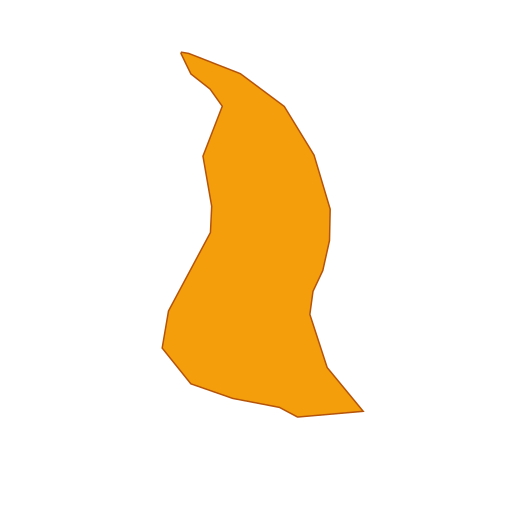 SVG path tracing the border of Bukwa, rotated 124°
{"feature_id": "UGA-3113", "entity_name": "Bukwa", "entity_type": "County", "adm_level": 1, "iso_a3": "UGA", "parent_name": "Uganda", "parent_adm1": "", "projection": "orthographic", "projection_center": [34.655, 1.256], "detail": "fine", "context": "isolated", "style": "filled", "palette": "amber", "viewbox_px": 512, "rotation_deg": 124, "n_neighbors": 0, "source": "natural_earth", "source_scale": "10m", "svg_char_len": 506}
<svg xmlns="http://www.w3.org/2000/svg" viewBox="0 0 512 512"><g transform="rotate(124 256 256)"><path d="M136.1,421.1L130.0,431.5L128.7,431.7L125.7,425.1L113.6,370.9L116.2,316.2L139.9,264.3L175.7,220.7L202.1,203.7L230.7,192.5L253.4,189.0L274.3,178.7L308.7,134.6L324.8,80.3L365.8,130.9L366.3,131.6L368.4,151.9L387.1,195.7L398.4,238.5L384.8,282.3L350.5,297.8L262.0,306.9L239.6,320.5L202.9,355.8L150.7,367.7L143.3,387.4L141.5,411.7L136.1,421.1Z" fill="#f59e0b" stroke="#b45309" stroke-width="1.5"/></g></svg>